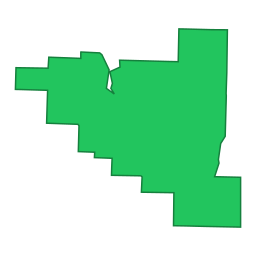 Pulaski, Arkansas, United States of America (orthographic projection)
{"feature_id": "52423323B71527325360101", "entity_name": "Pulaski", "entity_type": "district", "adm_level": 2, "iso_a3": "USA", "parent_name": "United States of America", "parent_adm1": "Arkansas", "projection": "orthographic", "projection_center": [-92.355, 34.752], "detail": "fine", "context": "isolated", "style": "filled", "palette": "green", "viewbox_px": 256, "rotation_deg": 0, "n_neighbors": 0, "source": "geoboundaries", "source_scale": "gbopen_adm2", "svg_char_len": 790}
<svg xmlns="http://www.w3.org/2000/svg" viewBox="0 0 256 256"><path d="M80.9,52.0L80.8,52.5L80.8,58.4L67.8,57.9L48.8,57.2L48.1,68.2L16.0,67.7L15.4,89.4L20.2,89.5L47.6,90.3L46.6,123.2L77.9,124.3L79.0,125.7L78.3,151.6L94.7,152.2L94.4,157.6L110.2,158.2L112.1,158.3L111.7,167.9L111.5,175.3L140.9,175.8L142.1,176.9L141.9,181.1L141.4,192.2L148.0,192.3L173.9,192.7L173.5,225.7L185.2,225.9L205.2,226.4L240.6,227.1L240.6,177.3L214.6,176.7L219.0,163.1L218.4,159.5L220.7,143.5L225.2,136.3L225.8,113.5L226.3,95.7L226.1,93.6L226.4,84.7L226.8,72.9L226.9,65.2L227.4,29.8L211.7,29.7L185.0,29.0L178.9,28.9L178.2,61.7L168.3,61.5L119.6,60.2L120.0,67.1L109.9,71.7L112.4,83.4L110.9,88.4L114.3,94.0L106.4,88.4L109.1,69.8L101.9,54.7L99.7,52.9L80.9,52.0Z" fill="#22c55e" stroke="#15803d" stroke-width="1.5"/></svg>